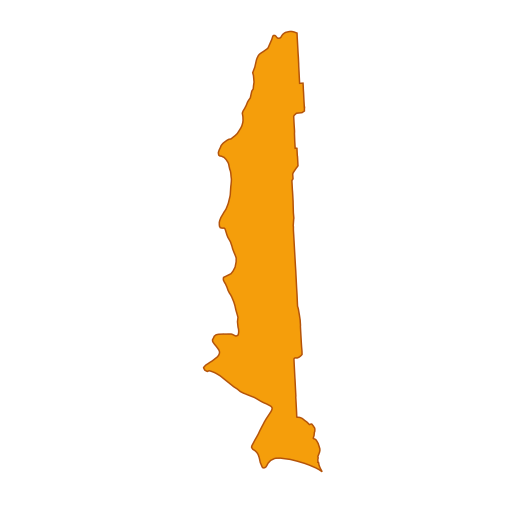 Frecatei, Braila, Romania (orthographic projection), rotated 175°
{"feature_id": "2599482B580014738144", "entity_name": "Frecatei", "entity_type": "district", "adm_level": 2, "iso_a3": "ROU", "parent_name": "Romania", "parent_adm1": "Braila", "projection": "orthographic", "projection_center": [28.064, 45.013], "detail": "fine", "context": "isolated", "style": "filled", "palette": "amber", "viewbox_px": 512, "rotation_deg": 175, "n_neighbors": 0, "source": "geoboundaries", "source_scale": "gbopen_adm2", "svg_char_len": 5864}
<svg xmlns="http://www.w3.org/2000/svg" viewBox="0 0 512 512"><g transform="rotate(175 256 256)"><path d="M239.1,50.2L232.8,48.0L225.7,45.2L221.0,43.0L214.7,39.6L211.7,37.6L208.9,35.3L210.1,38.1L210.4,38.7L211.1,40.9L211.3,41.7L211.5,42.5L211.5,43.0L211.7,44.9L212.4,45.1L212.2,46.2L212.2,46.6L212.2,47.1L212.2,47.3L212.2,47.6L212.1,48.0L211.8,49.0L211.7,49.5L211.7,49.9L211.8,50.3L211.9,50.6L211.8,50.9L211.6,51.4L210.8,52.9L210.3,54.0L209.9,54.8L209.6,55.7L209.3,56.7L209.3,57.1L209.2,58.2L209.3,58.9L209.9,61.6L210.3,63.3L210.4,63.8L211.4,66.0L211.7,66.6L212.0,67.2L212.3,67.6L212.5,67.9L212.8,68.1L213.2,68.4L213.6,68.6L214.5,69.0L214.8,69.3L214.8,69.7L214.7,69.9L214.1,71.5L213.8,72.2L213.5,73.8L213.3,74.7L213.3,75.0L212.8,76.1L212.7,76.4L212.6,77.1L212.5,77.8L212.5,78.7L212.5,79.1L212.6,79.5L212.7,79.8L213.3,80.8L213.5,81.3L214.6,83.0L214.9,83.4L215.0,83.6L215.3,83.7L215.5,83.8L215.9,83.8L216.5,83.6L217.2,83.4L217.4,83.4L217.5,83.4L217.7,83.6L218.4,84.6L219.0,85.2L219.7,86.1L221.9,88.0L223.1,89.2L224.1,90.1L224.6,90.4L225.3,90.8L226.6,91.4L227.2,91.5L228.8,91.8L229.1,91.8L229.4,92.0L229.4,92.3L229.2,96.5L228.9,105.2L228.7,111.9L228.7,112.2L228.5,112.9L228.5,113.1L228.2,121.7L228.1,124.2L227.9,129.7L227.9,130.9L227.4,144.6L227.2,149.8L227.1,150.2L227.0,150.4L226.9,150.6L226.4,150.9L226.0,151.0L225.5,151.1L224.1,150.8L223.8,150.9L223.4,150.9L222.7,151.2L221.8,151.5L221.4,151.8L220.4,152.4L219.7,153.0L219.1,153.5L218.8,153.9L218.7,154.0L218.6,155.6L218.5,157.1L218.5,160.1L218.5,161.6L218.4,165.9L218.1,176.0L217.9,181.9L217.7,183.4L217.7,184.2L217.6,188.3L217.7,189.8L217.9,193.2L218.4,199.3L218.5,199.9L218.6,200.5L218.7,201.1L218.9,201.9L219.0,202.1L219.0,202.4L218.7,209.3L218.5,213.8L218.4,217.7L218.3,221.1L217.7,237.7L217.6,241.8L217.3,251.9L216.7,271.0L216.5,277.9L216.4,279.7L216.2,281.6L216.2,282.0L216.3,282.8L216.2,283.6L216.1,284.1L215.3,289.1L215.0,290.4L215.0,291.0L215.0,293.7L215.0,295.8L214.5,304.3L214.3,307.2L214.1,313.1L214.0,317.2L214.0,318.2L214.0,318.8L213.7,327.1L213.7,328.0L212.6,329.4L212.5,329.5L212.4,329.7L212.4,329.9L212.3,334.3L212.2,334.7L212.1,335.0L211.7,335.6L211.2,336.4L208.2,340.1L206.6,341.8L206.4,342.2L206.3,342.3L206.3,342.6L206.3,343.0L206.2,345.2L206.0,351.2L206.0,351.6L206.1,352.3L205.9,358.1L205.8,359.6L205.9,359.8L206.0,359.8L207.4,359.9L207.6,359.9L207.6,360.0L207.4,367.1L207.1,373.1L207.0,374.9L206.8,376.2L206.7,378.0L206.6,383.0L206.3,391.8L206.2,392.0L206.0,392.3L205.5,393.0L204.4,393.8L203.5,394.5L203.4,394.6L203.2,394.7L202.8,394.7L202.7,394.7L197.7,394.8L197.3,395.0L195.2,396.2L195.1,396.3L195.1,396.5L195.0,398.0L194.7,399.8L194.9,399.8L194.7,406.7L194.4,414.2L194.3,418.7L194.2,419.8L194.1,424.1L197.4,424.2L197.5,424.2L197.3,430.5L197.1,435.3L196.9,441.3L196.7,444.4L196.7,445.0L196.6,447.3L196.5,449.7L196.4,454.6L196.0,466.7L195.9,470.2L195.7,474.5L196.6,474.9L198.4,475.8L200.2,476.4L201.7,476.7L202.5,476.7L203.3,476.7L207.0,476.2L208.3,475.6L210.1,474.4L211.4,472.8L212.0,471.9L212.6,471.4L213.0,471.1L214.2,470.9L215.4,471.1L216.2,471.9L217.2,473.4L217.9,474.0L218.8,474.2L219.5,474.1L220.1,473.5L221.4,470.4L225.8,462.3L226.6,461.6L227.5,461.0L228.9,460.2L230.6,459.2L231.9,458.5L232.9,458.0L234.1,457.3L234.8,456.8L235.2,456.5L235.8,455.9L236.3,455.3L237.3,453.6L237.6,453.2L238.0,452.3L238.5,451.2L240.7,444.3L243.3,438.9L242.9,436.5L242.8,436.0L242.8,432.7L242.8,429.4L243.2,427.7L243.7,425.6L244.2,422.7L245.7,420.8L246.1,419.8L247.9,414.0L249.8,411.8L251.0,410.1L252.6,406.9L254.5,403.9L256.2,401.6L257.2,399.5L256.9,395.9L257.1,392.2L257.5,390.2L258.7,387.0L259.8,385.1L260.9,383.6L263.9,379.7L266.2,377.8L270.8,374.8L273.0,374.6L275.0,373.7L276.8,372.6L278.7,371.4L279.4,370.8L280.9,369.3L281.3,368.7L282.0,367.2L283.4,364.9L284.2,363.1L284.5,362.3L284.5,361.1L284.3,359.7L283.3,358.8L281.6,358.4L280.5,357.7L279.2,357.0L277.7,355.1L277.0,354.1L276.6,353.2L275.8,351.8L275.3,350.2L275.1,348.8L275.0,347.7L274.6,344.7L274.1,342.9L273.9,340.7L273.9,337.4L273.8,334.7L274.1,332.3L274.6,329.5L275.1,327.1L276.3,319.3L276.7,317.7L278.9,311.2L279.8,309.2L281.8,305.3L283.0,303.7L284.0,302.5L285.1,300.9L286.9,298.4L287.6,297.4L289.0,294.6L289.5,293.1L289.6,292.9L289.8,290.7L289.8,288.9L289.1,287.3L288.5,287.1L287.3,286.7L285.3,286.6L284.4,285.5L283.1,279.4L282.4,277.1L280.2,272.3L279.0,267.4L278.8,266.0L278.5,264.6L277.5,261.2L276.6,258.4L275.9,255.8L276.3,251.9L277.8,246.7L280.3,242.8L282.5,240.5L290.2,237.5L290.6,235.9L290.5,234.6L289.4,231.8L289.1,231.6L287.6,227.3L286.8,224.1L285.7,221.4L284.6,219.4L283.7,217.2L282.1,212.1L281.3,208.3L280.8,204.3L279.3,196.5L280.2,192.1L280.1,186.8L279.8,184.7L279.8,182.5L280.0,181.2L280.6,179.0L281.9,178.2L283.1,178.0L284.8,179.0L286.2,179.9L286.7,180.1L287.4,180.4L290.5,180.7L292.5,180.8L295.3,181.1L300.3,181.3L302.6,181.0L304.6,179.7L305.4,178.2L306.6,176.4L306.7,175.2L306.4,174.1L305.1,171.8L303.5,169.5L302.2,167.4L301.1,165.4L300.8,164.2L300.7,163.5L300.9,162.3L301.4,161.2L302.0,160.2L303.5,158.7L305.4,157.5L307.3,156.2L308.9,155.2L311.5,153.9L313.6,152.7L315.4,151.8L316.8,150.6L317.9,149.5L317.9,149.0L317.0,146.8L315.6,145.8L314.5,145.2L313.7,145.5L312.6,145.8L311.0,145.2L307.9,143.7L306.4,142.8L304.8,141.7L303.3,140.6L302.3,139.9L294.9,132.8L289.6,127.7L286.2,125.1L283.4,122.3L280.5,120.5L272.8,116.6L270.1,115.3L268.3,114.1L264.0,111.0L262.8,110.2L261.0,109.1L258.5,107.8L256.3,106.4L254.6,105.3L254.1,104.8L253.7,104.3L253.3,103.6L253.2,102.8L253.5,101.7L254.5,99.9L257.4,96.2L260.1,92.8L262.1,90.0L263.2,88.2L265.3,85.0L267.6,81.3L269.0,78.8L271.2,75.5L272.9,73.1L276.6,67.4L277.1,66.0L276.8,65.1L276.0,63.7L273.8,62.0L272.3,60.2L271.6,58.9L271.2,58.1L270.4,55.0L269.7,49.8L268.2,45.2L267.7,44.5L266.7,44.2L265.6,44.4L264.4,45.1L263.3,46.6L262.0,48.6L259.2,51.1L257.4,51.8L255.3,52.6L253.8,52.8L249.2,52.5L246.6,51.9L240.6,50.6L239.1,50.2Z" fill="#f59e0b" stroke="#b45309" stroke-width="1.5"/></g></svg>